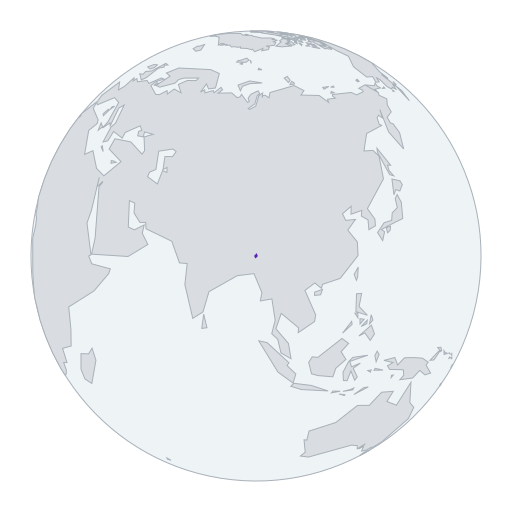 globe centered on Mongar, rotated 9°
{"feature_id": "BTN-2490", "entity_name": "Mongar", "entity_type": "District", "adm_level": 1, "iso_a3": "BTN", "parent_name": "Bhutan", "parent_adm1": "", "projection": "orthographic", "projection_center": [91.21, 27.259], "detail": "fine", "context": "on_globe", "style": "filled", "palette": "violet", "viewbox_px": 512, "rotation_deg": 9, "n_neighbors": 0, "source": "natural_earth", "source_scale": "10m", "svg_char_len": 11079}
<svg xmlns="http://www.w3.org/2000/svg" viewBox="0 0 512 512"><g transform="rotate(9 256 256)"><circle cx="256" cy="256" r="225" fill="#eef3f6" stroke="#a8b0b8"/><path d="M342.5,48.0L340.5,47.6L349.3,54.7L358.8,60.0L351.4,57.0L374.1,69.9L383.2,78.6L368.7,67.1L364.0,64.8L368.1,69.4L364.2,68.1L363.9,69.9L358.8,68.1L350.7,62.3L347.3,61.2L350.4,64.7L347.2,65.6L343.2,60.6L337.3,61.9L322.7,53.8L316.0,44.2L303.7,40.6L285.8,33.9L283.2,34.0L274.8,32.5L268.7,32.3L267.1,31.8L263.6,32.3L266.3,32.9L265.6,33.5L262.3,33.6L259.6,32.7L260.9,32.5L258.4,32.3L258.5,31.9L256.6,32.2L253.8,31.4L251.6,32.5L245.2,32.3L244.7,31.7L251.3,31.3L261.7,30.8L278.3,31.8L294.8,34.1L311.0,37.5L327.0,42.2L342.5,48.0ZM236.4,31.6L229.1,32.3L223.6,33.1L236.4,31.6ZM366.6,64.5L363.9,62.1L367.9,65.0L366.6,64.5ZM364.7,70.5L366.7,71.7L365.7,72.1L364.7,70.5ZM246.8,30.9L246.1,30.9L243.6,31.1L244.4,31.0L246.8,30.9ZM357.0,70.1L354.8,70.7L355.7,69.0L357.0,70.1ZM240.9,31.3L250.2,30.8L253.3,30.8L251.3,31.1L240.9,31.3ZM352.6,70.5L347.2,72.8L351.3,75.5L336.8,69.9L346.2,69.4L346.6,66.6L349.1,69.2L352.6,70.5ZM268.5,33.1L265.6,32.4L271.1,32.9L268.5,33.1ZM272.3,33.3L290.2,35.3L292.9,36.8L286.3,35.6L292.3,37.9L284.8,37.6L279.8,36.3L279.6,35.3L276.9,36.1L272.3,33.3ZM329.7,66.7L327.3,66.6L328.3,65.6L329.7,66.7ZM265.8,33.8L269.2,33.8L271.7,35.1L265.4,35.2L266.6,34.7L265.8,33.8ZM297.5,38.9L298.3,40.1L292.4,40.1L292.0,40.7L284.8,37.8L297.5,38.9ZM264.3,34.5L262.1,35.3L257.9,35.0L262.6,33.8L264.3,34.5ZM275.1,35.4L276.0,36.1L273.4,35.7L275.1,35.4ZM241.6,34.9L245.6,34.6L247.2,35.1L241.6,34.9ZM261.6,35.6L263.1,35.8L264.2,36.1L261.9,36.6L261.6,35.6ZM281.2,38.2L278.5,38.1L283.8,39.3L279.6,39.7L275.6,37.9L275.6,38.8L274.3,39.0L272.4,37.4L281.2,38.2ZM262.9,38.0L256.4,36.4L248.6,36.7L246.9,36.1L259.7,35.8L262.9,38.0ZM268.7,37.7L264.7,37.7L264.6,36.8L267.2,36.3L268.7,37.7ZM278.2,40.8L285.7,40.6L286.3,41.1L278.2,40.8ZM260.7,38.2L262.3,38.7L260.1,38.4L260.7,38.2ZM272.8,40.1L275.4,39.9L276.0,40.4L272.8,40.1ZM263.4,39.9L261.3,39.2L263.0,38.7L263.4,39.9ZM267.8,40.1L268.0,40.9L264.9,39.0L268.8,39.9L267.8,40.1ZM273.0,40.6L274.2,40.8L271.9,40.6L273.0,40.6ZM258.2,42.4L253.8,40.1L257.6,38.9L261.3,41.2L258.2,42.4ZM61.2,142.9L74.6,128.6L72.2,135.7L78.8,146.3L78.5,149.9L71.1,158.2L70.8,182.4L78.5,177.5L84.8,194.4L93.2,200.6L107.9,183.9L94.2,173.3L98.3,162.3L114.5,162.9L127.5,173.2L129.5,169.4L126.8,155.9L135.4,151.9L126.5,150.9L126.0,156.0L120.4,155.8L120.6,151.2L123.6,149.8L121.3,145.5L107.5,154.4L105.4,160.5L95.9,155.3L91.6,165.4L87.1,167.3L92.7,151.2L96.4,146.9L102.2,127.5L97.4,131.3L91.6,150.2L90.9,147.3L84.4,153.6L88.8,146.5L96.4,125.8L91.5,121.7L75.6,131.5L74.8,128.9L78.6,121.4L94.1,105.5L94.2,113.5L99.7,108.9L108.0,98.7L107.3,102.3L110.7,99.4L111.6,102.5L121.0,99.7L123.1,102.3L134.7,95.0L137.3,95.6L129.7,99.6L125.5,104.2L131.7,112.1L135.2,111.8L142.3,106.6L143.1,109.9L149.1,103.9L156.5,106.6L152.5,98.7L160.7,93.4L169.5,92.1L171.5,89.2L157.2,91.5L152.1,93.8L148.9,98.0L134.5,104.3L130.6,103.2L143.0,91.8L138.9,89.3L150.4,82.4L182.1,79.0L191.2,81.5L189.7,96.4L183.0,98.4L180.2,93.8L175.5,102.8L179.4,99.8L180.0,102.8L188.0,99.3L188.9,101.4L195.1,94.9L197.0,97.1L193.1,101.1L206.5,98.7L212.7,102.6L215.4,101.2L216.4,98.6L223.6,105.7L225.2,104.4L223.5,101.5L225.6,97.1L232.2,92.5L234.3,95.2L232.2,97.2L231.0,106.0L225.2,111.6L226.7,112.3L232.3,108.1L233.7,97.4L237.1,93.9L237.3,98.7L237.5,96.6L239.8,95.8L244.1,97.7L244.2,92.4L266.9,81.7L277.5,85.1L275.2,90.0L293.3,87.6L303.7,92.9L302.1,90.0L309.7,87.7L306.5,86.0L306.3,84.5L324.4,79.6L330.2,81.1L336.2,77.0L335.4,75.7L331.3,74.3L336.8,69.9L351.3,75.5L352.4,78.0L360.6,80.3L362.0,86.2L367.0,92.5L363.8,98.5L368.0,103.6L370.7,104.0L378.5,111.7L385.1,127.2L367.6,112.7L355.4,92.0L359.4,99.9L354.9,97.8L354.0,100.6L357.1,106.6L359.7,107.4L346.1,117.7L346.2,135.4L355.0,133.4L361.9,138.2L369.8,159.8L358.6,191.8L367.7,201.0L369.2,207.5L363.4,212.4L361.0,202.8L353.8,200.1L353.4,194.4L343.3,199.9L342.2,192.0L334.8,200.8L339.1,206.8L348.5,204.3L342.6,216.1L353.9,226.3L356.7,239.6L342.7,264.9L326.3,273.5L325.6,277.7L318.3,273.4L309.7,282.3L324.2,304.9L324.1,311.6L309.7,325.1L309.2,320.2L289.9,308.7L287.0,324.7L301.7,337.3L306.7,352.0L295.8,347.8L290.5,334.8L283.7,330.3L285.0,316.5L278.4,295.9L267.3,299.7L267.6,291.3L256.8,273.7L240.5,278.4L215.1,298.6L212.4,319.5L203.3,327.5L190.2,295.3L189.2,274.2L181.5,274.8L170.5,254.6L143.1,246.3L141.8,240.1L136.1,241.0L128.8,232.6L128.0,222.7L122.3,221.1L125.3,247.3L131.7,249.2L140.7,242.8L140.1,251.4L147.4,261.5L129.7,276.5L93.3,279.9L94.3,263.6L90.1,212.0L92.7,207.8L92.9,207.2L93.1,206.2L88.1,212.5L88.9,202.7L86.3,236.7L83.9,249.9L92.8,280.6L90.8,282.2L95.0,289.4L114.1,291.5L113.2,296.5L101.4,315.9L79.0,335.6L84.7,357.6L87.5,373.8L79.4,377.5L86.0,390.8L82.7,391.3L86.4,398.1L87.1,402.2L86.0,403.4L81.2,398.1L70.6,384.0L61.2,369.1L52.9,353.5L43.8,331.4L40.8,319.5L38.1,307.1L32.7,273.5L33.6,260.6L33.3,252.4L32.1,249.5L32.4,239.7L32.1,236.8L32.0,231.7L34.9,213.1L39.2,194.8L45.1,176.9L52.4,159.5L61.2,142.9ZM61.6,143.9L59.4,147.3L61.6,143.9ZM136.5,194.6L147.3,200.3L150.4,186.2L154.9,187.4L154.3,182.4L150.6,185.2L150.5,172.0L158.0,170.9L160.8,165.4L157.3,163.3L143.5,167.7L143.6,186.2L137.7,189.9L136.5,194.6ZM128.7,82.7L126.3,85.7L122.0,87.9L119.4,86.2L125.6,82.7L128.7,82.7ZM123.9,89.6L136.9,79.8L139.1,81.1L135.6,81.9L135.8,83.7L130.3,85.7L119.6,97.1L115.1,100.0L112.7,94.2L116.0,94.2L118.2,91.0L123.9,89.6ZM166.4,58.0L172.1,55.2L169.4,61.2L164.4,63.2L161.5,61.1L165.6,57.7L166.4,58.0ZM235.7,32.6L238.1,32.2L238.8,32.3L237.4,32.7L235.7,32.6ZM243.3,34.7L226.2,34.8L228.1,34.2L215.9,35.7L216.0,34.9L223.8,33.8L214.8,34.8L221.9,33.5L215.2,34.5L232.8,32.2L238.8,31.5L232.0,32.4L231.8,33.0L233.5,33.1L242.9,33.1L255.9,32.7L257.7,33.8L255.6,34.7L252.8,34.9L252.4,34.0L248.9,35.1L246.3,34.0L243.3,34.7ZM229.6,52.4L230.4,49.9L222.8,54.4L220.2,52.3L219.5,53.0L215.0,52.4L208.2,53.1L208.0,51.9L205.5,52.7L202.4,52.6L198.9,53.4L197.2,51.8L192.8,52.7L194.5,51.5L187.3,53.7L191.9,51.4L188.4,51.4L185.8,53.6L185.4,45.7L181.7,45.2L176.0,46.3L184.7,42.9L195.6,40.1L206.1,38.6L208.5,40.0L212.0,38.5L214.2,38.9L210.5,39.9L217.4,38.7L218.2,39.3L227.7,39.8L237.2,38.3L240.9,38.7L237.5,39.7L243.5,39.5L239.7,41.7L242.3,42.2L241.1,45.1L233.2,47.1L236.6,47.6L235.9,50.2L229.6,52.4ZM257.5,43.2L248.7,45.4L242.9,45.6L247.4,40.5L245.6,39.8L248.3,37.1L256.6,37.2L255.1,37.8L255.6,38.6L252.8,38.2L255.3,39.1L253.3,40.2L254.8,41.2L251.5,41.5L257.5,43.2ZM82.3,148.3L82.8,150.2L84.5,152.1L80.5,156.4L82.3,148.3ZM87.1,134.2L88.2,134.9L83.3,141.3L82.7,139.6L87.1,134.2ZM92.9,130.1L88.6,134.4L90.6,131.1L92.9,130.1ZM131.1,100.2L132.8,100.9L131.3,102.3L128.5,103.6L131.1,100.2ZM206.6,67.5L208.0,65.5L209.5,65.4L216.1,62.0L218.5,63.6L215.5,66.3L206.6,67.5ZM103.2,185.3L98.3,187.1L98.1,184.4L99.8,184.3L103.2,185.3ZM87.0,171.2L88.7,176.8L85.9,172.3L87.0,171.2ZM210.4,68.7L212.8,67.0L212.5,68.9L210.4,68.7ZM220.7,64.7L221.1,66.6L219.6,63.4L220.7,64.7ZM199.6,469.4L204.0,471.1L200.4,470.5L199.6,469.4ZM114.2,384.0L113.8,407.6L106.3,404.2L100.9,395.2L98.4,379.8L105.9,378.9L108.5,372.7L114.2,384.0ZM359.5,379.3L365.5,379.1L365.2,380.0L359.5,379.3ZM353.2,377.3L360.3,376.4L351.9,379.4L353.2,377.3ZM363.0,376.1L370.1,373.1L373.2,371.1L372.5,373.1L363.0,376.1ZM348.4,378.0L321.5,380.8L310.7,379.2L313.4,375.8L330.9,375.2L348.4,378.0ZM312.5,375.7L295.8,367.2L272.0,339.3L280.5,339.8L305.3,356.3L303.7,359.3L313.8,366.3L312.5,375.7ZM352.4,354.4L350.8,363.3L336.1,364.4L329.3,363.7L324.7,352.8L327.3,346.8L332.9,346.5L353.8,324.0L361.2,327.8L355.0,337.2L361.0,344.1L352.4,354.4ZM213.4,321.6L218.8,334.5L213.8,336.0L213.4,321.6ZM361.6,308.5L353.6,318.6L360.7,305.6L361.6,308.5ZM365.5,296.4L366.3,301.0L362.6,297.0L365.5,296.4ZM325.9,284.2L320.0,285.8L319.6,282.5L326.9,278.6L325.9,284.2ZM358.7,251.0L359.7,260.8L359.0,264.3L355.8,258.8L358.7,251.0ZM235.0,84.1L223.1,86.7L216.1,90.5L214.8,95.3L211.5,90.0L222.3,84.1L235.0,84.1ZM262.7,81.5L263.9,77.9L266.8,79.2L266.9,80.2L262.7,81.5ZM261.0,79.6L256.0,75.9L258.8,73.7L262.2,77.0L261.0,79.6ZM232.8,71.2L229.0,71.7L229.3,70.1L232.8,71.2ZM389.5,437.0L393.3,433.1L399.0,429.5L393.2,434.4L389.5,437.0ZM379.8,427.9L339.2,446.4L331.2,446.6L335.3,442.1L332.2,430.0L335.0,429.9L335.8,420.6L360.9,407.9L379.6,387.7L391.2,385.8L401.4,370.9L412.7,368.2L408.0,379.2L418.0,381.4L428.8,356.5L430.9,376.8L435.5,380.7L432.0,392.6L409.0,420.2L399.5,428.0L399.5,427.1L395.1,430.6L390.8,432.2L392.0,427.2L387.5,430.5L393.4,424.3L386.2,430.6L385.6,427.4L379.8,427.9ZM458.1,353.5L458.7,353.0L458.4,354.8L457.5,356.0L458.1,353.5ZM466.2,334.8L466.2,335.6L465.8,336.6L466.2,334.8ZM466.1,334.8L467.1,331.9L466.4,334.2L466.1,334.8ZM464.6,327.4L465.3,325.6L465.5,326.3L464.6,327.4ZM374.3,377.5L383.0,369.2L387.4,367.7L374.3,377.5ZM464.1,325.7L462.5,326.9L462.9,325.5L464.1,325.7ZM464.6,322.6L464.6,320.9L465.0,324.3L464.6,322.6ZM461.9,321.3L463.6,322.8L461.6,321.8L461.9,321.3ZM460.6,322.7L459.2,322.4L459.4,321.8L460.6,322.7ZM441.0,337.1L446.8,344.3L441.4,347.0L435.6,343.4L429.8,352.0L417.4,355.7L420.6,350.7L419.3,345.3L405.7,347.1L403.0,343.9L408.0,339.8L398.7,339.1L409.0,334.5L412.9,341.5L418.6,333.3L427.9,331.6L436.4,330.9L442.7,333.9L441.0,337.1ZM408.5,352.6L410.2,352.1L408.5,355.0L408.5,352.6ZM456.5,320.1L458.5,322.4L458.2,323.6L457.1,323.8L456.5,320.1ZM444.2,331.8L451.2,321.5L452.7,320.7L448.0,330.8L444.2,331.8ZM449.8,318.0L452.8,317.2L454.2,320.1L453.5,321.5L449.8,318.0ZM387.6,350.5L387.1,352.9L384.3,351.7L387.6,350.5ZM391.2,348.3L399.3,348.8L390.4,350.4L391.2,348.3ZM365.1,345.4L367.7,350.5L375.8,345.5L369.6,351.7L374.9,359.6L372.9,363.3L367.7,354.7L365.5,364.9L361.8,365.3L360.1,357.2L363.9,346.0L367.5,341.0L382.0,336.5L365.1,345.4ZM391.2,341.7L389.0,335.7L390.6,331.0L393.0,333.9L391.2,341.7ZM382.0,321.5L375.6,315.0L370.1,318.9L380.8,306.2L385.2,314.5L382.0,321.5ZM376.0,305.6L370.9,309.2L375.9,302.0L376.0,305.6ZM369.4,306.9L368.5,301.6L372.7,301.6L369.4,306.9ZM378.7,305.4L379.0,296.0L381.5,301.0L378.7,305.4ZM365.7,289.8L375.3,297.1L363.4,295.3L361.2,277.6L366.2,276.4L365.7,289.8ZM382.4,212.5L380.2,207.6L384.2,205.6L384.5,209.5L382.4,212.5ZM395.1,196.0L384.5,203.5L375.7,210.2L379.2,211.9L378.7,221.0L372.4,213.8L377.4,203.0L384.4,199.6L383.8,192.1L388.0,186.1L384.5,177.5L385.8,173.2L391.1,180.2L395.1,196.0ZM382.7,174.0L378.2,158.7L386.4,159.2L389.3,162.6L387.9,169.3L383.6,168.6L382.7,174.0ZM379.5,155.3L375.3,154.7L359.8,134.7L358.6,130.7L374.8,145.3L371.7,145.6L374.0,150.7L379.5,155.3ZM328.9,68.0L327.4,66.8L330.0,67.6L328.9,68.0ZM304.4,83.6L304.6,81.7L307.5,82.5L304.4,83.6ZM306.6,77.1L303.2,77.6L306.0,76.0L306.6,77.1ZM295.5,79.0L301.4,77.2L297.1,80.6L295.5,79.0Z" fill="#d9dde1" stroke="#a8b0b8" stroke-width="1"/><path d="M256.3,254.7L256.4,254.8L256.7,255.2L256.7,255.3L256.7,255.5L256.8,255.6L256.9,255.8L256.6,256.1L256.6,256.3L256.6,256.5L256.4,256.7L256.2,256.8L256.0,257.0L255.9,257.1L255.8,257.3L255.7,257.2L255.5,256.9L255.3,256.8L255.2,256.6L255.3,256.4L255.3,256.2L255.2,256.1L255.1,255.9L255.1,255.7L255.3,255.5L255.5,255.4L255.8,255.4L255.8,255.5L256.1,255.3L256.2,255.2L256.2,254.9L256.3,254.9L256.3,254.7L256.3,254.7Z" fill="#8b5cf6" stroke="#5b21b6" stroke-width="1.5"/></g></svg>